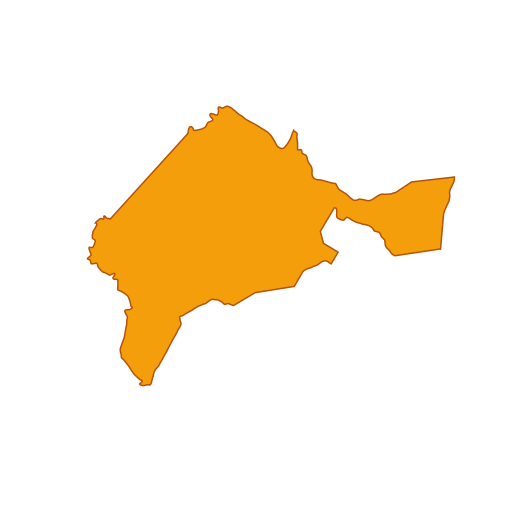 outline of Santa Maria, La Paz, Honduras, rotated 301°
{"feature_id": "27666195B95776032700257", "entity_name": "Santa Maria", "entity_type": "district", "adm_level": 2, "iso_a3": "HND", "parent_name": "Honduras", "parent_adm1": "La Paz", "projection": "albers", "projection_center": [-87.93, 14.257], "detail": "fine", "context": "isolated", "style": "filled", "palette": "amber", "viewbox_px": 512, "rotation_deg": 301, "n_neighbors": 0, "source": "geoboundaries", "source_scale": "gbopen_adm2", "svg_char_len": 6136}
<svg xmlns="http://www.w3.org/2000/svg" viewBox="0 0 512 512"><g transform="rotate(301 256 256)"><path d="M90.6,231.3L91.8,231.7L92.7,231.7L94.2,231.4L95.8,230.8L97.1,230.5L98.7,229.9L100.2,229.8L101.4,229.2L102.3,228.9L104.0,228.5L106.1,228.3L107.2,228.3L111.7,229.2L113.4,229.0L119.5,228.9L121.2,228.7L128.5,228.6L132.9,228.2L141.2,227.7L146.9,227.7L150.1,227.5L152.1,227.2L154.6,227.3L157.2,227.2L158.5,226.9L159.7,226.4L161.6,224.2L164.0,222.2L164.7,221.8L167.3,223.9L168.4,224.5L169.3,225.0L170.7,225.6L172.8,226.9L176.6,229.1L178.8,230.0L183.0,232.3L187.7,235.7L189.5,237.5L190.5,237.7L191.8,238.3L194.8,239.6L196.1,240.4L196.6,241.1L197.2,242.9L197.7,244.0L198.4,245.2L198.8,246.3L199.0,250.8L198.5,252.5L198.4,253.4L198.5,254.1L198.6,254.4L200.3,255.8L201.0,257.2L201.2,257.8L201.3,259.0L201.9,262.2L224.2,274.2L249.7,304.5L265.7,304.2L267.5,304.4L268.7,304.9L270.4,305.8L271.3,306.4L272.3,307.2L274.3,309.2L274.8,309.6L275.6,309.8L279.9,313.2L280.9,313.7L284.7,315.2L285.8,316.0L286.9,317.0L287.4,317.5L287.7,318.1L288.1,319.6L288.2,320.6L287.9,322.7L288.0,324.5L301.6,324.4L301.6,307.3L310.3,298.4L337.6,298.3L338.0,299.3L338.2,300.2L337.2,301.4L336.6,301.9L332.9,303.8L331.4,304.9L330.9,305.4L330.7,305.8L330.5,306.4L330.5,307.2L330.8,310.0L331.2,310.9L331.3,311.7L331.6,312.2L332.1,312.8L332.7,313.1L334.4,313.3L335.5,313.6L336.0,314.2L336.3,315.4L336.4,315.9L336.3,318.9L336.3,321.5L336.5,323.5L336.8,325.5L337.2,327.0L337.7,328.2L338.0,330.4L339.8,335.3L340.2,337.3L340.2,339.7L339.9,341.4L339.6,342.2L339.1,342.9L339.0,343.4L338.5,344.0L338.4,344.4L338.6,345.6L339.5,348.4L339.6,349.2L339.6,349.8L339.4,350.5L337.5,353.0L337.1,353.7L336.3,356.9L336.0,358.1L335.4,358.6L331.5,361.6L330.9,362.5L330.1,364.6L329.9,365.5L329.7,366.7L329.4,367.6L328.7,369.3L327.9,370.9L327.6,372.7L327.7,374.3L327.9,375.1L357.0,410.4L357.0,410.6L388.5,395.2L391.8,394.3L394.0,394.1L398.3,393.5L401.3,393.3L402.9,393.0L406.0,391.8L408.4,390.4L410.5,388.9L411.9,388.4L413.7,388.1L419.0,387.7L421.9,387.3L424.2,386.3L425.9,385.4L399.6,351.2L382.1,342.9L381.0,341.5L379.1,340.1L378.1,338.9L375.5,335.1L374.0,332.3L372.9,331.1L372.0,330.4L370.1,329.3L364.5,326.7L363.0,325.7L362.0,324.8L361.3,323.9L360.8,322.8L359.5,318.8L358.5,316.4L358.1,315.5L357.6,314.9L356.5,314.2L355.7,313.5L354.7,312.2L354.2,311.2L354.1,310.0L354.3,308.1L354.6,306.0L355.3,303.2L355.5,302.2L355.7,298.8L355.7,294.1L355.9,293.0L356.1,292.2L356.5,291.3L358.7,287.7L359.1,287.0L359.0,286.6L358.3,285.1L357.0,281.3L356.0,277.4L354.6,272.6L354.2,271.5L353.1,269.7L352.7,268.5L352.5,267.5L352.4,266.5L352.5,265.6L352.7,264.8L353.3,263.5L354.6,262.2L355.8,261.3L357.5,260.5L358.4,259.9L359.6,259.0L360.5,258.1L361.5,256.6L362.6,254.0L363.7,252.2L364.4,251.2L366.9,248.8L367.6,247.8L367.9,247.2L368.1,246.6L367.8,243.9L367.8,242.5L368.2,242.1L369.7,241.1L370.1,240.6L370.3,240.1L370.2,239.7L370.0,239.2L369.7,238.8L368.9,238.0L368.7,237.7L368.6,237.2L368.7,236.9L369.2,236.4L370.9,235.5L374.3,233.4L377.2,231.0L378.5,230.1L379.9,229.3L381.8,228.4L382.2,228.0L382.5,227.4L382.6,226.5L382.8,224.2L383.1,223.6L379.8,224.0L376.8,224.7L374.1,225.1L371.5,225.2L368.9,225.2L364.5,224.7L363.1,224.3L361.9,223.6L361.2,222.3L360.9,220.7L360.8,218.9L361.3,217.2L363.6,213.3L366.6,207.7L367.6,204.6L368.1,202.4L368.3,199.8L368.4,186.4L368.1,182.4L367.9,177.0L368.6,172.0L368.6,169.4L368.8,166.9L369.4,163.9L370.2,159.1L370.1,156.4L369.6,154.0L367.3,152.3L366.2,151.7L365.6,151.2L365.4,150.7L365.1,149.0L364.8,147.8L364.6,147.5L364.3,147.3L363.8,147.2L363.1,147.5L362.4,148.0L361.3,149.0L359.9,149.7L358.3,150.2L357.2,150.2L356.8,150.1L356.5,149.8L356.0,148.2L355.8,146.3L355.3,145.5L355.1,144.3L354.7,143.8L354.3,143.6L353.9,143.6L353.4,143.7L352.9,144.1L352.4,144.6L352.1,145.0L351.2,148.2L350.7,148.7L350.0,148.9L349.6,148.9L349.3,148.8L346.7,146.6L345.8,146.1L344.7,146.0L341.1,146.2L340.5,146.1L339.7,145.8L338.0,144.8L336.7,143.9L333.7,140.8L332.1,138.9L331.8,138.3L331.9,137.6L332.3,136.9L332.9,136.4L333.2,135.9L333.4,135.3L333.5,134.6L333.5,133.9L333.2,133.3L332.8,132.9L332.3,132.7L331.5,132.7L330.6,132.8L328.3,133.5L326.2,134.6L325.7,134.5L212.6,112.0L212.3,110.5L211.5,109.1L211.6,108.3L212.1,106.9L212.3,106.0L212.3,105.6L212.1,105.3L211.8,105.1L211.5,105.2L210.3,106.2L209.8,106.4L209.3,106.3L208.9,105.9L208.3,104.0L208.0,103.5L207.7,103.2L206.8,102.8L204.1,101.9L202.9,101.4L201.8,101.4L202.1,101.7L202.0,102.2L201.1,103.3L200.5,103.6L198.5,103.7L194.0,103.7L192.5,103.8L191.3,104.6L189.8,104.8L187.2,106.4L187.0,106.8L186.8,107.3L186.8,108.7L186.6,109.9L186.2,110.4L185.6,110.8L182.3,111.5L180.4,111.7L179.4,111.6L179.0,111.4L178.3,110.1L177.8,108.8L177.6,108.6L177.3,108.6L176.8,108.7L176.0,109.4L173.4,112.5L172.5,113.7L172.1,114.0L171.5,114.1L170.7,114.0L167.7,112.9L167.0,112.9L166.7,113.1L166.6,113.4L166.7,113.9L166.8,114.5L167.1,115.1L167.1,115.7L166.5,116.7L165.1,117.8L164.7,118.4L164.5,118.9L165.1,119.8L166.3,121.4L167.5,122.5L167.7,122.9L167.7,123.4L167.6,123.8L167.2,124.3L165.7,125.8L165.1,126.6L163.8,130.8L163.5,132.2L163.4,133.2L163.5,133.8L163.9,134.9L164.2,140.4L165.0,141.1L166.6,142.2L167.5,142.8L168.1,143.5L168.2,143.8L168.1,144.0L167.9,144.3L167.2,144.6L163.8,144.6L163.3,144.8L163.0,145.4L162.9,146.1L163.1,146.6L163.8,147.7L164.2,148.6L164.3,149.4L164.2,150.0L160.6,152.2L156.4,154.5L155.9,154.9L155.8,155.6L156.3,159.1L156.3,161.2L156.1,164.3L155.7,166.4L155.3,167.3L154.7,168.3L153.1,170.3L151.5,172.1L149.4,173.9L148.5,174.8L148.3,175.3L148.4,176.0L148.2,176.3L147.7,176.6L147.2,176.5L146.3,176.1L145.0,175.3L142.4,171.9L142.0,171.7L141.6,171.8L141.1,172.0L140.8,172.3L138.9,174.9L138.0,176.6L137.6,177.1L137.0,177.5L133.0,179.0L131.5,180.0L130.9,180.3L128.0,181.3L119.2,184.7L117.6,185.2L108.7,186.9L106.5,187.5L105.4,188.1L104.4,188.8L102.2,191.1L101.2,191.8L100.2,192.4L99.7,193.0L99.2,193.8L99.1,195.1L98.8,196.5L98.3,197.8L96.3,203.1L93.7,208.3L91.9,212.4L90.6,218.1L90.3,220.7L90.4,221.4L90.4,222.2L90.2,222.9L90.0,223.1L89.6,223.1L87.5,222.5L86.8,222.1L86.3,222.3L86.1,222.7L86.1,223.5L86.2,224.4L86.4,225.1L86.7,225.9L87.4,226.9L89.1,228.5L89.7,229.3L90.3,230.2L90.6,231.3Z" fill="#f59e0b" stroke="#b45309" stroke-width="1.5"/></g></svg>